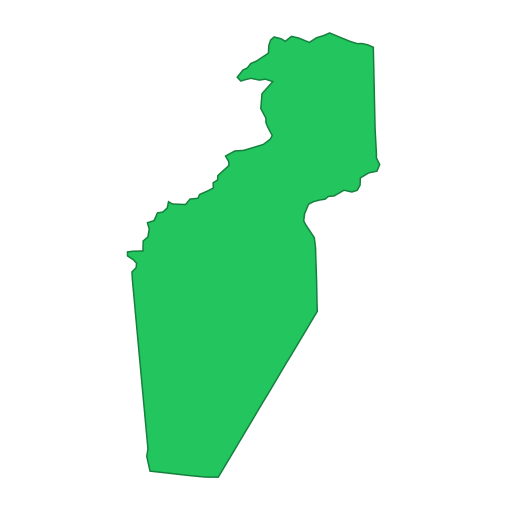 Mantenópolis, Espírito Santo, Brazil, rotated 87°
{"feature_id": "56859067B5994146036846", "entity_name": "Mantenópolis", "entity_type": "district", "adm_level": 2, "iso_a3": "BRA", "parent_name": "Brazil", "parent_adm1": "Espírito Santo", "projection": "equal_earth", "projection_center": [-41.118, -18.871], "detail": "fine", "context": "isolated", "style": "filled", "palette": "green", "viewbox_px": 512, "rotation_deg": 87, "n_neighbors": 0, "source": "geoboundaries", "source_scale": "gbopen_adm2", "svg_char_len": 1543}
<svg xmlns="http://www.w3.org/2000/svg" viewBox="0 0 512 512"><g transform="rotate(87 256 256)"><path d="M38.2,226.4L41.1,230.1L46.5,232.2L54.1,233.0L61.3,245.2L63.5,251.1L67.8,254.9L69.6,259.3L76.5,265.4L80.5,262.0L79.3,257.3L78.3,251.7L80.5,243.5L79.9,237.3L82.7,230.1L94.2,241.5L109.0,243.5L118.9,238.9L123.4,239.1L128.4,237.3L136.5,233.5L140.1,235.7L145.0,242.9L149.9,262.9L150.0,271.7L154.6,281.2L160.4,278.3L164.2,278.3L173.7,289.9L178.1,290.4L180.7,295.0L185.8,295.0L188.4,300.6L191.6,309.1L195.3,310.9L195.7,318.9L200.9,323.7L199.7,336.7L197.2,340.5L203.4,342.1L207.2,346.8L207.8,352.2L215.3,355.9L217.1,362.7L223.5,361.2L231.4,363.0L235.1,367.9L245.0,368.6L244.8,379.0L245.2,384.1L249.2,384.3L253.5,378.5L257.1,375.6L261.5,376.4L265.4,380.7L273.1,380.7L347.3,377.8L443.0,374.0L450.2,375.6L465.3,373.1L471.8,333.8L474.1,318.4L474.9,305.3L448.6,287.6L441.6,283.0L436.2,279.3L430.9,275.8L422.0,269.8L410.5,262.2L402.2,256.6L391.0,249.0L363.6,230.8L360.0,228.2L329.9,208.0L324.6,204.5L314.5,197.7L305.4,197.5L284.7,196.8L257.9,196.3L251.3,196.1L240.8,196.8L227.2,204.8L223.5,206.5L216.4,205.3L207.0,200.8L204.6,195.3L203.4,189.2L202.9,184.1L200.3,180.6L200.1,174.8L194.9,164.7L197.1,156.9L195.7,151.5L190.8,148.4L183.5,147.7L178.9,139.1L177.6,130.8L171.2,127.7L164.4,130.6L159.7,130.4L146.2,130.4L134.7,130.4L53.7,127.9L50.9,133.5L49.4,138.9L49.2,144.0L46.6,150.8L42.2,160.2L37.1,170.8L39.5,177.2L41.2,184.1L45.5,191.6L40.5,202.1L38.5,209.1L43.1,215.5L40.3,219.7L38.2,226.4Z" fill="#22c55e" stroke="#15803d" stroke-width="1.5"/></g></svg>